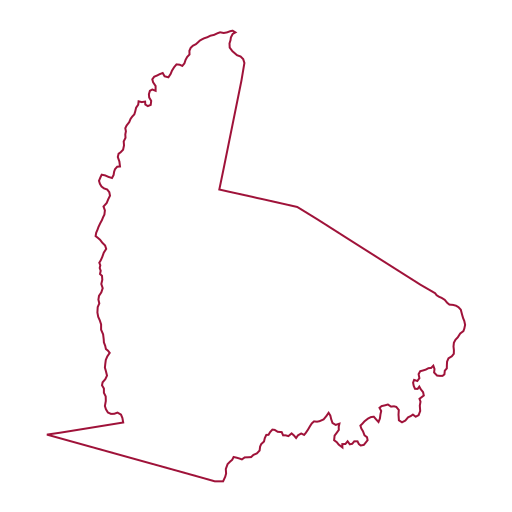 outline of Aracatu, Bahia, Brazil
{"feature_id": "56859067B11961587384233", "entity_name": "Aracatu", "entity_type": "district", "adm_level": 2, "iso_a3": "BRA", "parent_name": "Brazil", "parent_adm1": "Bahia", "projection": "equal_earth", "projection_center": [-41.359, -14.328], "detail": "fine", "context": "isolated", "style": "outline", "palette": "rose", "viewbox_px": 512, "rotation_deg": 0, "n_neighbors": 0, "source": "geoboundaries", "source_scale": "gbopen_adm2", "svg_char_len": 4206}
<svg xmlns="http://www.w3.org/2000/svg" viewBox="0 0 512 512"><path d="M235.4,32.4L232.6,30.7L230.2,31.2L227.0,32.4L223.7,33.0L220.1,32.3L217.6,33.2L214.0,34.9L210.4,35.7L207.4,37.2L204.1,38.3L201.9,39.4L199.8,40.6L197.7,42.6L195.9,44.2L192.9,45.7L190.7,47.8L189.4,50.8L189.5,54.5L187.2,56.9L185.6,59.8L184.4,63.4L182.3,65.9L179.6,64.7L176.5,64.4L174.2,67.1L172.0,70.6L170.6,74.0L168.4,77.3L164.6,76.3L162.7,73.0L159.8,74.1L157.1,75.5L154.2,76.7L152.3,79.3L153.1,82.3L155.6,86.0L155.6,90.8L152.3,89.5L149.9,90.8L148.9,94.2L149.2,97.5L151.2,100.9L150.7,104.9L147.8,106.1L145.3,104.5L145.1,101.6L141.7,102.1L138.6,101.3L138.2,104.7L136.1,107.7L135.2,111.5L134.3,114.4L132.3,116.5L130.6,118.8L129.2,122.2L126.6,125.5L125.3,128.2L125.9,131.3L125.3,134.4L125.5,137.8L123.7,141.4L124.0,145.4L123.1,149.7L120.5,152.4L118.6,153.7L117.8,157.0L119.4,161.6L120.0,166.5L117.2,166.7L115.0,169.2L114.1,171.8L113.6,175.0L112.0,178.0L108.7,177.0L105.1,175.4L101.7,174.7L100.4,177.4L99.0,180.8L99.9,183.8L101.5,186.5L104.0,188.4L107.2,189.5L109.3,192.2L110.0,195.7L108.3,199.1L106.7,203.0L103.5,206.5L104.9,210.4L104.4,214.6L103.1,217.2L101.9,220.2L100.3,223.1L98.5,226.9L97.5,229.7L96.2,232.7L95.6,236.1L97.8,237.8L100.1,239.8L102.2,242.6L105.1,245.5L106.2,248.9L103.8,252.6L102.2,257.1L100.7,260.4L99.3,262.7L100.3,265.3L99.7,268.0L100.7,270.8L100.0,274.0L102.0,275.8L102.3,279.8L101.3,284.0L102.7,288.2L101.3,292.4L99.0,295.8L98.4,299.6L99.3,303.4L97.7,307.1L97.4,312.5L98.2,316.8L99.8,320.4L101.1,324.4L101.1,329.7L103.1,334.3L103.7,339.2L103.9,342.4L105.2,345.8L105.9,349.0L108.0,350.7L109.7,352.9L107.3,356.4L105.8,359.9L105.3,363.7L104.9,367.6L105.9,371.1L107.0,375.6L105.3,379.2L102.6,382.3L102.0,385.3L103.9,388.5L103.9,392.8L105.7,396.4L105.8,401.0L104.9,406.0L105.9,409.2L107.9,412.5L111.0,413.9L114.2,413.8L117.5,412.6L121.0,414.6L122.4,418.0L123.2,422.5L60.2,432.7L46.9,434.6L195.9,476.0L214.7,481.3L223.1,481.3L225.2,476.8L226.1,473.5L225.8,469.0L227.6,464.1L230.1,461.6L232.2,459.8L233.6,457.0L236.7,457.7L239.4,458.5L241.9,459.4L244.7,457.4L247.6,457.3L251.1,457.1L253.4,454.9L256.9,453.4L259.6,450.5L260.1,446.6L261.2,444.1L264.0,441.5L264.8,438.1L266.3,434.9L268.5,434.8L270.1,432.1L272.4,429.6L274.7,429.9L277.7,431.8L281.7,432.1L283.1,435.3L285.5,435.3L288.4,436.1L291.6,433.4L294.0,435.5L296.1,438.0L298.0,435.3L301.2,433.5L304.1,434.9L305.7,433.0L308.0,429.6L310.1,426.0L311.8,423.4L314.0,421.4L317.0,421.7L319.5,421.2L323.6,419.4L326.4,416.0L328.6,412.8L330.3,415.5L331.2,419.2L332.5,423.0L335.7,424.9L339.4,423.7L338.7,426.9L338.8,429.9L336.5,433.1L334.6,435.6L334.1,440.2L336.8,442.2L338.7,444.6L342.4,447.4L342.3,444.1L345.4,444.0L347.6,441.3L349.8,444.3L352.2,443.8L354.3,441.3L357.5,441.3L358.8,444.0L360.7,445.5L363.8,444.9L365.6,442.7L367.6,440.2L367.0,437.2L364.5,435.3L363.0,431.3L361.3,428.5L360.4,425.6L362.2,423.9L364.5,421.3L368.1,418.5L370.9,417.1L373.8,416.7L376.2,419.5L378.5,422.0L379.9,418.5L380.5,414.1L381.2,411.0L379.5,407.8L381.6,406.1L385.1,405.3L387.9,404.5L391.0,406.6L394.0,406.3L396.3,406.9L398.8,410.0L398.5,414.6L398.9,420.3L402.0,422.3L405.3,420.6L408.1,417.3L410.7,416.1L412.9,414.6L415.7,416.7L418.6,415.2L420.2,411.0L419.8,405.6L420.5,401.7L419.5,398.8L421.7,397.1L423.8,395.5L423.1,392.2L420.8,389.3L419.3,386.6L417.6,388.9L415.0,388.8L413.7,385.8L413.1,382.7L414.1,379.9L417.3,381.0L419.4,378.2L418.6,374.1L420.2,371.2L422.9,370.5L425.8,369.6L428.4,368.2L431.2,367.9L433.3,365.7L434.5,369.0L434.1,372.5L437.1,375.6L440.3,375.9L442.5,375.9L444.4,374.4L444.8,370.7L446.8,368.4L446.9,364.6L447.1,361.5L448.5,358.3L451.8,356.3L453.8,353.8L453.9,350.2L453.5,346.5L453.9,342.7L455.5,339.7L457.8,337.3L460.2,333.5L463.4,331.1L464.3,328.6L465.1,324.9L464.3,321.0L463.1,318.1L462.1,314.7L460.8,309.7L458.5,307.2L456.0,305.7L453.0,304.9L449.4,304.6L447.2,302.8L444.7,299.8L441.5,297.8L439.1,296.8L436.6,295.2L435.1,293.2L420.4,284.7L361.7,247.5L346.1,237.6L317.5,219.4L297.3,207.0L261.0,198.8L257.1,198.0L252.2,196.8L228.9,191.7L225.4,190.9L219.3,189.5L220.0,186.2L223.7,168.3L241.4,80.8L244.4,63.0L243.2,59.1L240.6,56.5L237.0,55.2L234.5,53.0L232.4,51.2L229.7,47.6L229.5,43.4L230.5,40.2L230.9,37.4L232.7,33.9L235.4,32.4Z" fill="none" stroke="#9f1239" stroke-width="2"/></svg>